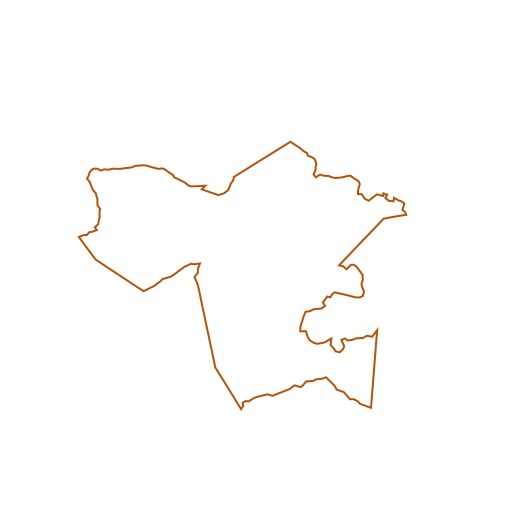 Belo Jardim, Pernambuco, Brazil (Mercator projection), rotated 217°
{"feature_id": "56859067B61802713407079", "entity_name": "Belo Jardim", "entity_type": "district", "adm_level": 2, "iso_a3": "BRA", "parent_name": "Brazil", "parent_adm1": "Pernambuco", "projection": "mercator", "projection_center": [-36.415, -8.268], "detail": "fine", "context": "isolated", "style": "outline", "palette": "amber", "viewbox_px": 512, "rotation_deg": 217, "n_neighbors": 0, "source": "geoboundaries", "source_scale": "gbopen_adm2", "svg_char_len": 2967}
<svg xmlns="http://www.w3.org/2000/svg" viewBox="0 0 512 512"><g transform="rotate(217 256 256)"><path d="M221.3,142.4L202.8,135.3L175.7,124.7L176.1,128.8L178.4,130.7L177.0,133.8L174.3,135.6L172.2,141.5L168.9,146.1L166.1,149.3L163.5,152.6L158.8,154.2L155.6,159.4L153.2,163.3L149.0,170.0L147.5,175.8L144.1,177.1L141.3,178.3L140.6,181.8L140.5,185.8L134.9,191.0L133.6,193.9L129.7,197.3L127.0,201.3L115.0,199.6L111.2,197.9L104.1,200.1L99.1,199.2L94.7,198.2L91.7,200.5L87.3,201.2L83.6,200.6L72.8,204.0L99.5,245.9L104.9,254.4L110.9,263.8L114.6,269.7L114.7,261.4L119.3,259.2L121.4,254.7L124.0,252.7L126.4,250.4L129.3,246.2L132.1,243.7L135.4,243.7L137.2,240.3L131.2,237.0L130.4,233.7L131.2,229.5L134.9,227.8L138.7,229.0L142.9,229.8L146.2,235.4L149.1,228.5L151.1,226.0L154.4,222.6L157.8,221.4L162.6,221.0L166.1,222.5L170.9,226.0L175.2,222.5L177.8,225.9L181.6,236.4L182.8,241.2L179.8,244.4L178.0,248.0L172.1,253.5L170.8,257.8L174.7,259.2L174.7,266.5L171.8,267.8L172.2,271.1L171.4,274.3L159.8,279.5L151.5,282.9L148.2,285.4L146.6,288.3L148.5,292.8L152.8,295.2L154.9,297.1L156.3,301.1L159.6,305.1L169.1,308.0L172.5,307.9L174.9,306.1L175.7,299.9L179.9,300.3L184.0,298.6L183.0,307.4L181.9,316.7L181.1,324.0L180.8,326.7L179.8,334.9L179.1,340.7L176.5,362.6L167.1,372.9L160.8,379.4L163.8,380.9L166.8,381.0L168.0,384.2L169.2,387.3L173.0,387.1L175.7,386.1L180.8,385.5L179.1,382.5L183.0,380.1L187.3,380.0L188.2,383.9L191.9,382.7L190.3,380.6L196.5,378.1L197.9,373.0L199.2,368.0L203.5,367.2L208.6,369.0L211.9,366.8L214.1,370.0L216.4,375.9L219.2,377.5L225.2,376.9L228.9,377.0L231.1,375.0L233.6,371.7L236.8,368.4L240.1,365.7L242.7,364.6L246.2,363.6L250.0,361.0L253.9,359.5L255.5,354.9L259.2,355.9L260.1,360.5L262.0,363.0L263.1,365.7L265.4,367.5L267.8,368.8L271.2,368.5L274.8,367.4L277.3,368.9L281.8,368.3L285.3,368.7L297.3,367.9L302.9,353.3L306.2,344.7L309.8,335.6L314.9,322.2L321.3,305.7L319.7,302.8L319.7,298.6L318.4,294.4L318.0,291.0L319.5,286.4L322.7,282.0L339.4,276.6L338.8,281.6L345.3,276.1L349.5,272.6L352.5,271.6L356.5,271.9L365.5,270.4L368.5,269.6L371.0,270.7L374.8,270.4L381.4,270.3L383.9,269.3L386.2,266.9L389.6,265.5L393.4,263.9L397.1,262.7L400.2,260.9L403.4,258.2L406.6,255.3L408.7,251.8L410.9,249.7L413.8,247.0L417.1,243.6L420.8,241.1L423.6,238.9L425.5,236.3L429.1,234.1L431.4,230.8L435.0,230.3L438.0,228.3L439.1,225.8L439.2,222.7L438.0,219.4L437.5,216.1L433.3,215.1L430.7,213.4L426.1,210.6L421.4,209.6L419.2,207.6L416.9,206.0L415.2,203.7L412.9,200.9L409.1,200.0L407.3,196.7L404.4,193.1L401.2,186.4L402.0,181.9L398.7,180.9L401.5,176.7L403.6,174.5L403.5,171.1L406.2,169.1L408.9,164.6L388.0,158.3L381.9,156.7L373.7,157.1L324.7,160.2L323.2,163.0L320.7,168.0L319.3,170.9L317.2,178.0L316.7,181.3L314.2,184.8L311.8,187.9L310.2,192.2L308.2,199.2L306.5,204.7L305.2,207.0L303.2,210.7L300.3,212.2L296.3,216.3L294.4,210.2L292.4,207.9L292.4,201.9L288.6,200.1L285.0,197.8L280.2,193.8L273.0,187.4L229.5,149.6L224.4,145.1L221.3,142.4Z" fill="none" stroke="#b45309" stroke-width="2"/></g></svg>